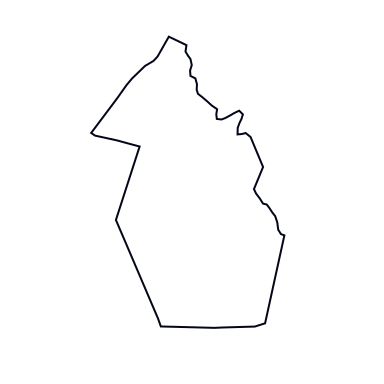 São José do Sabugi, Paraíba, Brazil, rotated 201°
{"feature_id": "56859067B5219059609042", "entity_name": "São José do Sabugi", "entity_type": "district", "adm_level": 2, "iso_a3": "BRA", "parent_name": "Brazil", "parent_adm1": "Paraíba", "projection": "natural_earth1", "projection_center": [-36.818, -6.823], "detail": "fine", "context": "isolated", "style": "outline", "palette": "ink", "viewbox_px": 384, "rotation_deg": 201, "n_neighbors": 0, "source": "geoboundaries", "source_scale": "gbopen_adm2", "svg_char_len": 923}
<svg xmlns="http://www.w3.org/2000/svg" viewBox="0 0 384 384"><g transform="rotate(201 192 192)"><path d="M307.3,211.0L302.7,209.9L280.5,213.3L268.4,214.5L257.2,215.7L253.0,138.6L231.9,116.9L178.3,61.6L172.9,55.3L122.4,73.2L114.1,76.8L85.1,88.9L76.7,95.6L90.2,184.6L93.9,184.6L98.0,187.7L101.5,194.2L105.7,199.3L109.6,201.6L113.9,204.7L117.7,207.1L121.5,206.6L126.3,210.2L131.6,213.5L135.2,216.9L134.6,240.8L157.0,264.3L163.0,266.3L166.2,264.0L170.1,262.1L172.3,268.2L172.4,273.4L172.0,277.8L172.3,282.7L177.1,284.8L180.9,280.8L183.3,277.8L187.3,273.1L190.4,270.3L195.0,269.1L197.2,273.3L198.2,278.3L204.8,279.9L210.1,282.0L216.0,284.1L221.6,285.8L224.2,289.0L226.0,294.4L229.6,299.3L235.0,299.8L237.3,304.6L237.7,310.4L241.1,315.6L244.7,317.9L248.4,320.8L249.8,327.1L269.3,328.7L272.7,306.1L274.9,300.6L281.0,292.9L288.6,276.6L291.4,268.5L295.5,252.4L307.3,211.0Z" fill="none" stroke="#020617" stroke-width="2"/></g></svg>